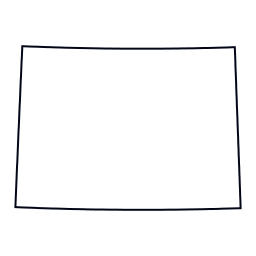 Colorado, orthographic projection
{"feature_id": "USA-3522", "entity_name": "Colorado", "entity_type": "State", "adm_level": 1, "iso_a3": "USA", "parent_name": "United States of America", "parent_adm1": "", "projection": "orthographic", "projection_center": [-105.117, 39.0], "detail": "fine", "context": "isolated", "style": "outline", "palette": "ink", "viewbox_px": 256, "rotation_deg": 0, "n_neighbors": 0, "source": "natural_earth", "source_scale": "10m", "svg_char_len": 2024}
<svg xmlns="http://www.w3.org/2000/svg" viewBox="0 0 256 256"><path d="M22.3,46.2L27.1,46.4L31.8,46.6L36.6,46.7L41.4,46.9L46.1,47.1L50.9,47.2L55.7,47.4L60.4,47.5L65.2,47.7L70.0,47.8L74.8,47.9L79.5,48.0L84.3,48.1L89.1,48.2L93.8,48.3L98.6,48.4L103.4,48.5L108.2,48.5L112.9,48.6L117.7,48.6L122.5,48.7L127.2,48.7L132.0,48.7L136.8,48.7L141.6,48.7L146.3,48.7L151.1,48.7L155.9,48.7L160.7,48.7L165.4,48.6L170.2,48.6L174.0,48.5L178.6,48.5L182.2,48.4L185.8,48.4L189.5,48.3L193.1,48.3L196.7,48.2L200.3,48.1L203.9,48.0L207.5,48.0L211.2,47.9L214.8,47.8L218.4,47.7L222.0,47.6L225.6,47.5L229.2,47.4L232.8,47.2L234.8,47.2L234.9,49.7L235.0,52.2L235.1,54.7L235.2,57.2L235.3,59.7L235.4,62.3L235.4,64.8L235.5,67.3L235.6,69.8L235.7,72.3L235.8,74.8L235.9,77.3L236.0,79.9L236.1,82.4L236.2,84.9L236.2,87.4L236.4,91.2L236.5,95.0L236.7,98.7L236.8,102.5L236.9,106.3L237.1,110.0L237.2,113.8L237.4,117.6L237.5,121.4L237.6,125.1L237.8,128.9L237.9,132.7L238.1,136.5L238.2,140.2L238.3,144.0L238.5,147.8L238.6,151.6L238.7,155.3L238.9,159.1L239.0,162.9L239.2,166.7L239.3,170.4L239.4,174.2L239.6,178.0L239.7,181.8L239.8,185.5L240.0,189.3L240.1,193.1L240.2,196.8L240.4,200.6L240.5,204.4L240.6,208.2L237.5,208.3L233.6,208.4L229.6,208.5L225.6,208.6L221.7,208.7L217.7,208.9L213.7,209.0L209.7,209.0L203.7,209.2L197.6,209.3L191.5,209.4L185.4,209.5L179.4,209.6L173.3,209.7L167.2,209.7L161.1,209.8L155.1,209.8L149.0,209.8L142.9,209.8L136.8,209.8L130.7,209.8L124.7,209.8L118.6,209.7L112.5,209.7L106.4,209.6L100.4,209.5L94.3,209.5L88.2,209.4L82.1,209.2L76.1,209.1L70.0,209.0L63.9,208.8L57.8,208.6L51.8,208.5L45.7,208.3L39.6,208.1L33.6,207.8L27.5,207.6L21.4,207.4L15.4,207.1L15.6,202.1L15.8,197.1L16.0,192.0L16.2,187.0L16.4,182.0L16.6,176.9L16.8,171.9L17.0,166.9L17.3,161.8L17.5,156.8L17.7,151.8L17.9,146.8L18.1,141.7L18.3,136.7L18.5,131.7L18.8,126.6L19.0,121.6L19.2,116.6L19.4,111.5L19.6,106.5L19.9,101.5L20.1,96.5L20.3,91.4L20.5,86.4L20.7,81.4L21.0,76.3L21.2,71.3L21.4,66.3L21.6,61.2L21.9,56.2L22.1,51.2L22.3,46.2Z" fill="none" stroke="#020617" stroke-width="2"/></svg>